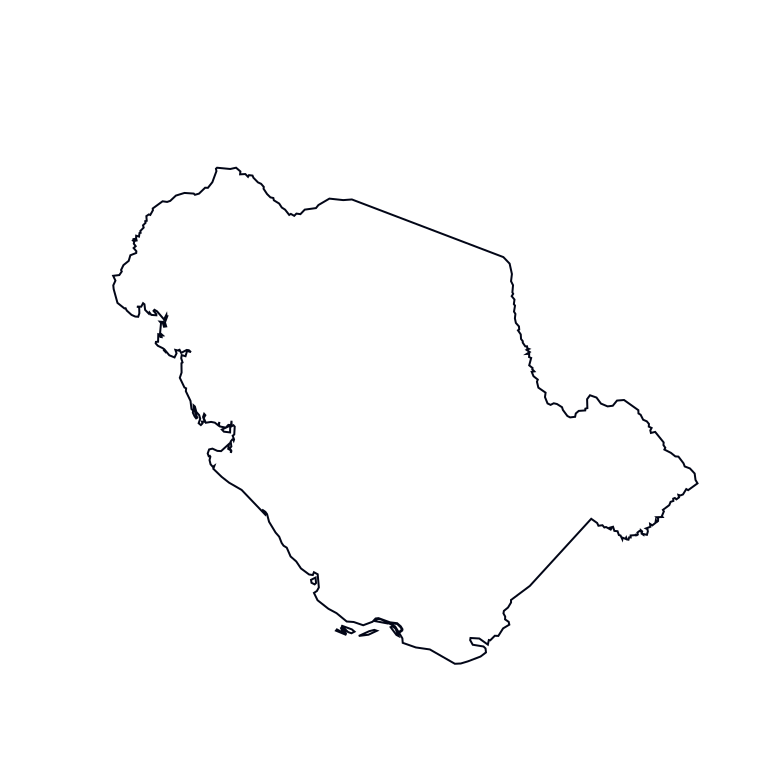 outline of Buzi, Sofala, Mozambique, rotated 142°
{"feature_id": "85939544B98429522964184", "entity_name": "Buzi", "entity_type": "district", "adm_level": 2, "iso_a3": "MOZ", "parent_name": "Mozambique", "parent_adm1": "Sofala", "projection": "equal_earth", "projection_center": [34.585, -20.074], "detail": "fine", "context": "isolated", "style": "outline", "palette": "ink", "viewbox_px": 768, "rotation_deg": 142, "n_neighbors": 0, "source": "geoboundaries", "source_scale": "gbopen_adm2", "svg_char_len": 6175}
<svg xmlns="http://www.w3.org/2000/svg" viewBox="0 0 768 768"><g transform="rotate(142 384 384)"><path d="M462.6,114.7L459.0,117.7L458.1,116.6L451.7,117.4L449.0,115.1L440.6,118.1L433.4,117.2L432.2,119.8L433.5,124.0L431.7,126.1L431.1,129.7L429.2,131.4L423.9,131.5L418.4,133.6L416.9,135.6L393.4,135.1L303.7,150.2L301.6,143.2L302.3,140.3L298.8,138.2L298.7,135.3L297.1,134.6L295.0,129.7L294.0,130.0L294.1,131.6L291.4,130.5L292.9,126.4L290.6,124.2L291.9,120.4L290.9,119.0L291.8,114.9L290.6,116.0L289.0,113.3L287.7,113.9L288.3,112.0L287.2,110.8L285.2,112.2L284.1,111.2L282.9,112.8L278.9,110.1L277.8,110.7L278.6,109.6L278.0,109.2L276.7,109.1L275.8,110.9L272.9,110.9L272.3,109.3L271.6,110.4L271.3,108.9L273.1,107.5L272.4,105.3L271.8,105.9L269.7,103.3L266.9,105.3L265.8,107.3L266.5,108.9L262.0,107.5L260.5,109.9L259.6,107.4L255.7,107.4L253.5,109.4L253.8,107.3L252.4,107.3L250.9,109.1L251.2,111.2L246.4,107.7L246.4,108.8L241.9,111.3L241.7,113.1L233.8,112.9L230.7,114.7L228.0,113.7L226.7,115.6L225.0,115.1L224.6,113.1L221.3,113.0L220.3,115.4L219.1,113.7L216.4,112.9L210.5,115.1L209.7,113.1L198.1,112.7L197.6,116.6L194.3,122.2L194.9,129.1L197.8,133.9L196.8,137.1L196.7,145.5L199.0,147.6L200.3,153.1L203.4,159.7L201.6,160.6L201.4,163.8L199.6,165.8L199.8,179.3L203.8,181.1L202.7,183.5L200.2,184.6L201.6,187.4L199.8,189.4L199.9,192.8L201.8,196.3L200.7,201.8L201.6,204.1L199.7,206.8L204.7,223.6L210.6,227.5L217.1,226.0L221.6,228.7L225.1,235.0L224.9,242.5L228.6,248.3L233.3,247.0L238.6,239.8L240.5,240.6L241.7,239.3L247.1,242.9L251.0,242.7L253.6,240.5L257.9,243.1L259.2,245.9L259.0,253.4L258.0,256.1L260.0,261.7L262.1,264.3L265.6,265.0L267.1,268.0L265.2,274.6L262.0,277.7L264.6,286.1L262.1,291.6L260.1,292.8L261.4,298.1L260.1,302.7L257.8,301.4L258.1,304.3L257.1,305.1L258.1,309.3L252.0,313.9L253.1,315.9L251.0,318.4L253.0,319.8L249.5,319.5L250.6,323.0L248.2,322.4L249.1,324.0L248.1,325.6L249.5,326.7L249.2,331.2L248.3,332.3L248.3,335.1L245.7,338.9L245.4,343.8L243.9,343.7L242.2,346.3L242.5,350.9L240.4,355.2L237.3,358.3L237.0,361.0L232.5,365.1L232.5,367.0L229.2,370.2L229.3,374.6L226.7,375.5L226.4,377.2L221.5,382.4L220.6,386.8L215.5,391.9L210.9,401.5L211.8,410.5L295.7,549.2L302.9,554.0L312.9,563.7L325.5,565.4L329.3,564.5L339.1,570.2L345.3,569.3L348.1,572.2L351.2,571.8L352.7,575.4L354.6,575.6L354.6,582.3L355.9,586.0L355.5,590.7L357.7,596.6L356.7,598.7L358.6,601.0L359.2,605.7L358.7,612.0L357.4,613.3L357.6,617.4L359.2,620.5L359.9,626.9L359.3,629.2L361.8,631.7L363.6,631.0L364.0,634.8L368.3,637.8L366.3,639.9L367.4,645.5L372.8,648.1L382.4,657.2L383.9,657.1L385.0,654.9L395.0,648.7L402.0,647.0L404.1,648.8L412.6,647.9L416.5,649.5L416.7,651.2L423.6,657.4L432.0,660.6L439.7,659.9L442.8,661.0L446.0,664.3L458.2,664.7L459.1,663.2L464.1,661.1L464.9,662.4L467.9,662.6L470.5,658.7L471.9,659.3L472.7,657.8L476.2,657.4L477.1,655.2L481.8,654.6L482.7,653.0L483.7,653.5L486.3,651.0L488.0,653.4L490.0,651.1L491.5,652.0L491.3,650.5L490.1,650.5L490.6,649.4L492.2,650.2L492.3,652.0L493.5,651.8L493.1,650.0L494.8,648.6L494.8,645.5L497.6,645.3L497.4,641.1L498.6,639.8L504.6,641.6L509.4,638.2L516.1,638.1L521.0,635.7L521.4,634.1L525.5,632.8L530.8,636.0L532.0,630.8L536.6,628.4L538.6,625.2L544.1,612.0L542.0,603.3L541.0,602.8L541.5,600.3L540.4,593.9L538.5,590.3L536.3,588.3L533.3,590.3L529.8,595.0L531.0,597.1L527.7,594.4L524.1,596.0L523.7,594.3L526.6,589.5L526.0,584.1L524.8,584.8L524.8,581.7L521.1,578.3L520.4,579.2L520.6,583.5L519.2,583.8L518.1,581.0L517.6,570.3L512.9,572.5L513.7,571.3L513.1,570.8L518.7,567.4L520.2,563.5L522.1,564.6L520.3,569.3L522.2,571.1L522.1,569.4L529.1,562.0L528.4,558.3L530.4,559.5L530.6,558.1L531.2,558.7L530.7,560.4L528.9,559.0L531.2,562.2L536.0,556.4L537.8,557.6L538.9,556.6L538.7,553.4L536.2,548.2L536.0,546.0L536.7,545.9L536.5,544.2L535.7,545.1L535.5,538.8L532.7,533.9L528.6,535.9L527.4,539.3L524.8,536.2L523.9,537.7L524.7,533.4L518.5,532.3L517.0,530.8L516.5,528.0L518.8,531.3L523.3,528.1L525.6,531.3L527.9,529.2L529.5,525.0L530.8,525.1L536.5,517.6L541.1,514.6L543.4,504.1L542.6,502.4L544.6,500.3L546.9,489.8L551.1,482.8L550.8,480.6L552.3,479.1L553.2,475.0L553.2,472.6L551.9,472.4L549.1,481.6L547.2,484.3L546.9,482.7L549.1,477.5L548.8,473.3L550.2,469.8L554.2,467.2L553.6,464.4L551.3,464.7L550.6,466.4L548.5,464.5L546.9,469.4L544.1,471.2L544.0,469.4L547.0,468.2L548.3,463.2L543.6,460.6L541.1,457.7L540.1,453.5L537.1,455.4L539.3,453.3L539.5,451.6L535.5,447.0L531.8,447.6L529.9,445.8L526.8,448.9L530.1,444.5L528.0,444.2L527.9,442.3L533.1,436.4L535.1,436.4L536.3,432.6L537.2,432.0L536.8,433.3L537.5,433.7L540.2,433.1L542.8,428.7L545.3,428.3L545.3,425.6L546.0,424.7L547.1,424.1L545.5,425.9L546.7,428.8L543.0,432.2L553.7,431.4L556.5,433.9L559.0,438.7L562.1,440.1L565.7,437.8L566.6,435.0L565.5,434.6L565.6,433.6L568.3,431.5L570.1,427.5L569.9,424.1L568.0,424.0L570.7,422.3L569.1,410.8L566.8,401.5L561.4,388.2L558.0,354.1L556.9,354.8L557.4,360.1L556.2,356.3L556.3,353.4L559.4,346.2L560.9,333.7L560.6,328.2L562.5,321.8L562.7,318.4L561.4,314.9L563.8,305.6L562.4,298.2L563.0,289.8L560.3,280.0L557.7,277.3L555.1,278.8L553.4,274.9L560.6,263.8L564.3,262.2L567.8,262.5L569.5,254.5L566.2,241.1L562.5,232.7L559.6,219.8L554.4,215.1L548.9,206.7L539.4,203.7L535.0,204.4L532.5,202.9L526.0,192.5L520.9,187.4L520.0,182.7L520.4,179.4L521.4,178.5L525.3,178.6L526.1,172.3L528.6,168.5L521.1,156.8L511.3,146.6L500.4,119.9L495.6,116.5L488.7,113.8L475.7,109.8L468.9,109.7L466.8,113.1L467.2,115.9L474.6,123.9L473.8,129.1L472.2,130.6L465.6,124.8L462.6,114.7ZM521.7,179.1L520.6,181.4L521.3,186.8L527.8,193.0L524.5,186.1L525.2,179.5L521.7,179.1ZM535.1,440.6L530.8,445.9L539.8,447.9L539.5,445.0L535.1,440.6ZM559.0,201.0L550.6,196.0L541.5,193.9L543.0,196.2L547.8,198.3L559.0,201.0ZM563.1,207.6L559.7,207.0L560.4,210.4L566.3,219.9L565.0,210.6L563.1,207.6ZM528.5,188.3L528.7,178.6L527.7,176.4L525.5,184.2L526.5,187.8L528.5,188.3ZM562.0,268.8L560.1,269.0L557.1,273.6L562.1,274.6L563.5,272.0L562.0,268.8ZM534.0,203.1L536.7,202.3L528.6,193.1L527.6,193.9L531.7,200.9L534.0,203.1ZM568.6,210.2L567.7,210.6L567.1,212.5L568.0,218.9L568.6,216.1L567.4,212.4L568.5,211.0L572.2,219.6L573.7,219.2L568.6,210.2ZM519.6,567.4L520.3,566.3L520.4,564.4L519.5,566.0L519.6,567.4Z" fill="none" stroke="#020617" stroke-width="2"/></g></svg>